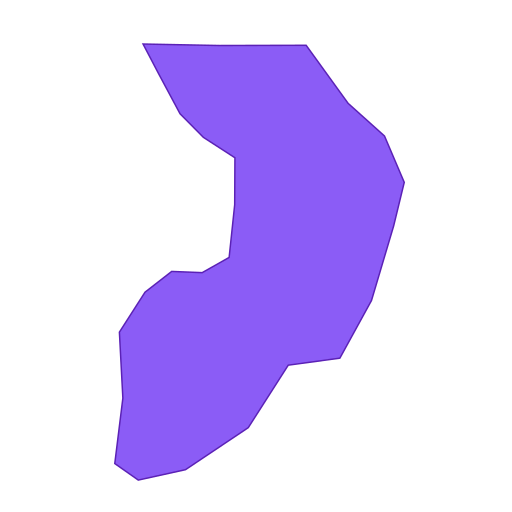 the district of Avlona, Nicosia, Cyprus, rotated 267°
{"feature_id": "46923920B38965206429869", "entity_name": "Avlona", "entity_type": "district", "adm_level": 2, "iso_a3": "CYP", "parent_name": "Cyprus", "parent_adm1": "Nicosia", "projection": "albers", "projection_center": [33.1, 35.159], "detail": "fine", "context": "isolated", "style": "filled", "palette": "violet", "viewbox_px": 512, "rotation_deg": 267, "n_neighbors": 0, "source": "geoboundaries", "source_scale": "gbopen_adm2", "svg_char_len": 490}
<svg xmlns="http://www.w3.org/2000/svg" viewBox="0 0 512 512"><g transform="rotate(267 256 256)"><path d="M38.4,126.7L46.3,174.4L85.0,239.3L145.3,282.5L149.6,334.4L205.5,369.0L278.7,395.0L321.8,407.9L369.1,390.6L403.6,356.0L463.8,317.1L468.1,230.6L473.6,154.3L443.3,168.2L402.0,187.6L377.2,209.7L355.2,240.1L308.3,237.4L256.0,229.1L242.2,201.4L245.0,171.0L225.7,143.3L187.1,115.6L154.1,115.6L121.0,115.6L56.1,104.1L38.4,126.7Z" fill="#8b5cf6" stroke="#5b21b6" stroke-width="1.5"/></g></svg>